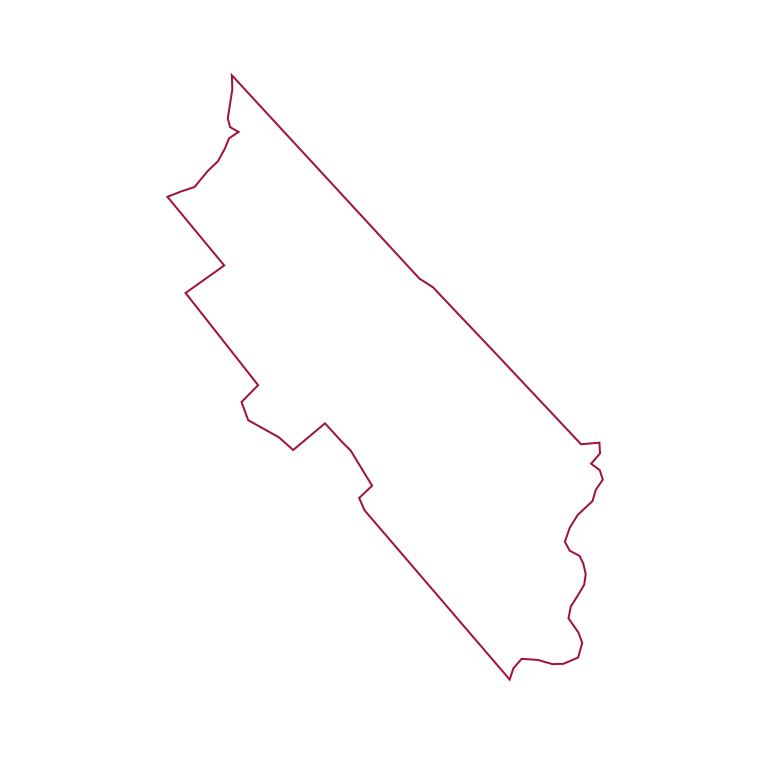 Vila Flores, Rio Grande do Sul, Brazil (Albers equal-area conic projection), rotated 50°
{"feature_id": "56859067B54992205336034", "entity_name": "Vila Flores", "entity_type": "district", "adm_level": 2, "iso_a3": "BRA", "parent_name": "Brazil", "parent_adm1": "Rio Grande do Sul", "projection": "albers", "projection_center": [-51.536, -28.86], "detail": "fine", "context": "isolated", "style": "outline", "palette": "rose", "viewbox_px": 768, "rotation_deg": 50, "n_neighbors": 0, "source": "geoboundaries", "source_scale": "gbopen_adm2", "svg_char_len": 855}
<svg xmlns="http://www.w3.org/2000/svg" viewBox="0 0 768 768"><g transform="rotate(50 384 384)"><path d="M670.8,372.1L666.4,359.6L659.3,351.7L649.8,346.8L641.3,344.7L631.1,348.9L621.1,346.8L613.6,334.3L608.8,319.7L607.7,299.5L601.2,289.8L597.9,277.9L588.8,274.1L578.2,276.6L576.0,263.1L567.4,256.7L556.8,271.8L430.9,278.9L353.9,283.6L341.4,284.3L326.2,289.1L49.7,302.1L60.7,310.7L80.2,333.0L88.4,336.8L97.4,333.4L96.2,344.8L101.4,354.6L106.6,368.1L107.5,381.9L111.3,402.5L106.1,415.6L101.4,429.6L190.5,430.2L186.7,477.5L304.0,481.2L306.2,504.7L324.4,511.3L357.3,498.8L376.2,496.0L376.2,454.5L401.4,453.4L413.5,452.3L454.3,458.5L455.3,476.3L468.2,480.1L691.2,477.7L685.0,467.7L683.0,455.2L694.5,443.3L706.8,435.1L713.7,426.4L718.3,411.1L709.8,398.6L699.2,394.8L682.1,393.3L674.5,383.9L670.8,372.1Z" fill="none" stroke="#9f1239" stroke-width="2"/></g></svg>